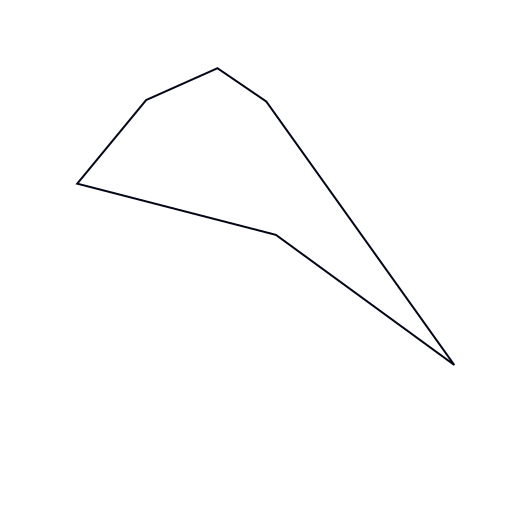 outline of Sandy Ground, rotated 242°
{"feature_id": "AIA-5120", "entity_name": "Sandy Ground", "entity_type": "District", "adm_level": 1, "iso_a3": "AIA", "parent_name": "Anguilla", "parent_adm1": "", "projection": "mercator", "projection_center": [-63.084, 18.219], "detail": "fine", "context": "isolated", "style": "outline", "palette": "ink", "viewbox_px": 512, "rotation_deg": 242, "n_neighbors": 0, "source": "natural_earth", "source_scale": "10m", "svg_char_len": 248}
<svg xmlns="http://www.w3.org/2000/svg" viewBox="0 0 512 512"><g transform="rotate(242 256 256)"><path d="M66.7,379.9L265.3,283.5L403.8,132.1L445.3,232.3L439.9,310.1L387.6,337.6L66.7,379.9Z" fill="none" stroke="#020617" stroke-width="2"/></g></svg>